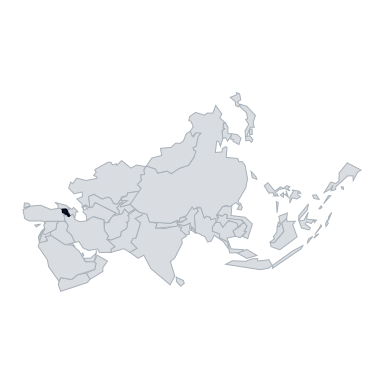 location of Armenia within Asia
{"feature_id": "ARM", "entity_name": "Armenia", "entity_type": "country or territory", "adm_level": 0, "iso_a3": "ARM", "parent_name": "Asia", "parent_adm1": "", "projection": "albers", "projection_center": [45.222, 40.08], "detail": "fine", "context": "in_parent", "style": "filled", "palette": "ink", "viewbox_px": 384, "rotation_deg": 0, "n_neighbors": 45, "source": "natural_earth", "source_scale": "50m", "svg_char_len": 13952}
<svg xmlns="http://www.w3.org/2000/svg" viewBox="0 0 384 384"><path d="M145.8,166.6L143.9,169.9L144.7,174.3L140.7,175.1L141.5,180.5L137.4,184.3L141.1,188.3L140.9,191.0L127.6,193.0L126.9,195.8L121.9,196.7L118.1,204.0L113.6,203.7L111.0,198.7L108.0,197.2L102.1,199.1L93.7,194.3L88.6,196.8L90.0,207.6L85.6,205.0L82.2,206.9L82.0,204.0L76.9,199.0L82.5,196.6L82.1,192.0L74.2,193.8L68.7,188.1L70.7,182.1L72.7,183.7L76.6,178.2L86.2,180.5L96.8,178.4L97.0,176.9L93.7,175.5L96.3,172.1L94.7,170.4L95.3,169.3L107.7,162.4L110.9,162.1L112.3,164.8L116.4,163.8L116.7,165.3L121.7,160.6L130.9,168.1L136.5,165.1L145.8,166.6Z" fill="#d9dde1" stroke="#a8b0b8" stroke-width="1"/><path d="M90.0,207.6L88.6,196.8L93.7,194.3L102.1,199.1L108.0,197.2L111.0,198.7L113.6,203.7L117.3,204.3L121.8,198.1L121.3,200.5L127.4,200.7L125.3,203.6L122.7,204.1L122.3,202.0L119.6,203.5L118.8,207.3L116.9,207.7L119.5,211.4L119.0,214.6L95.2,202.6L92.5,207.2L90.0,207.6Z" fill="#d9dde1" stroke="#a8b0b8" stroke-width="1"/><path d="M347.3,162.9L361.0,170.1L357.7,172.1L353.2,180.5L353.0,175.8L347.7,175.9L335.8,186.8L335.6,189.6L331.0,190.8L333.2,184.9L330.3,189.3L324.2,192.5L330.8,182.1L335.7,183.5L338.9,181.1L339.2,172.9L347.3,162.9ZM327.3,220.1L328.2,223.5L326.0,226.5L325.6,223.6L327.3,220.1ZM343.6,189.4L341.9,188.8L341.3,186.7L343.3,187.0L343.6,189.4ZM286.7,218.5L287.0,221.5L295.3,221.2L292.7,224.5L297.1,236.9L279.8,249.8L271.0,246.6L270.2,242.0L274.5,242.3L282.1,233.7L283.8,231.3L281.6,223.1L286.7,218.5ZM323.6,203.6L328.4,195.7L330.7,195.7L323.6,203.6ZM322.1,207.2L320.2,208.9L319.0,208.8L321.1,205.8L322.1,207.2ZM312.6,195.3L316.3,194.8L319.1,199.4L313.9,198.5L312.6,195.3ZM298.9,215.7L308.4,203.9L307.3,209.9L299.3,219.3L300.4,220.9L304.1,220.0L308.2,212.2L306.4,219.2L316.6,220.1L314.3,222.6L313.9,219.9L311.2,223.5L306.5,221.8L305.4,224.1L310.4,227.9L309.1,229.9L301.5,228.0L298.6,220.3L298.9,215.7ZM319.0,233.8L313.7,238.3L315.7,235.4L319.0,233.8ZM314.9,234.4L319.4,228.0L320.9,224.9L321.6,226.2L314.9,234.4ZM308.5,238.9L312.7,236.5L307.1,243.6L308.5,238.9ZM272.9,265.1L292.7,250.9L303.3,245.3L300.9,248.9L272.4,268.4L272.9,265.1ZM257.7,261.1L268.8,259.7L272.2,265.5L269.0,268.1L260.5,269.7L225.7,264.3L232.3,260.8L245.7,261.3L251.9,258.9L257.6,258.6L257.7,261.1Z" fill="#d9dde1" stroke="#a8b0b8" stroke-width="1"/><path d="M328.4,220.5L328.7,216.6L331.8,212.4L328.4,220.5Z" fill="#d9dde1" stroke="#a8b0b8" stroke-width="1"/><path d="M42.9,231.5L40.3,235.4L39.4,242.2L38.3,237.0L41.0,231.9L42.9,231.5Z" fill="#d9dde1" stroke="#a8b0b8" stroke-width="1"/><path d="M45.1,229.0L41.1,231.8L44.8,227.8L45.1,229.0Z" fill="#d9dde1" stroke="#a8b0b8" stroke-width="1"/><path d="M41.9,234.0L40.0,236.8L41.0,233.5L41.9,234.0Z" fill="#d9dde1" stroke="#a8b0b8" stroke-width="1"/><path d="M41.9,234.0L50.2,231.8L51.0,235.5L45.3,236.9L47.6,240.1L42.2,243.4L39.4,242.2L41.9,234.0Z" fill="#d9dde1" stroke="#a8b0b8" stroke-width="1"/><path d="M83.9,258.3L90.7,258.1L96.3,252.9L93.9,262.4L85.3,261.8L83.9,258.3Z" fill="#d9dde1" stroke="#a8b0b8" stroke-width="1"/><path d="M81.7,257.0L81.3,254.9L82.7,253.0L83.8,255.5L81.7,257.0Z" fill="#d9dde1" stroke="#a8b0b8" stroke-width="1"/><path d="M71.6,242.1L74.6,246.4L69.7,244.9L71.6,242.1Z" fill="#d9dde1" stroke="#a8b0b8" stroke-width="1"/><path d="M51.0,235.5L50.2,231.8L55.9,229.1L56.8,223.4L60.5,220.5L65.1,221.2L68.3,225.6L66.7,230.7L71.5,235.0L74.9,242.4L64.9,244.7L51.0,235.5Z" fill="#d9dde1" stroke="#a8b0b8" stroke-width="1"/><path d="M94.4,261.8L97.0,255.1L107.5,261.1L102.8,267.7L102.9,271.4L90.0,279.3L86.2,273.1L94.7,269.5L96.0,263.6L94.4,261.8ZM96.7,251.1L95.7,252.0L96.4,250.9L96.7,251.1Z" fill="#d9dde1" stroke="#a8b0b8" stroke-width="1"/><path d="M235.2,236.2L232.9,231.0L240.9,225.9L240.8,223.5L245.3,223.5L247.1,226.2L244.3,231.2L246.4,231.6L240.1,237.7L235.2,236.2Z" fill="#d9dde1" stroke="#a8b0b8" stroke-width="1"/><path d="M238.3,226.6L232.9,231.0L235.2,236.2L227.0,238.1L231.1,248.9L243.6,249.7L241.7,252.8L229.6,252.8L228.0,242.4L219.4,237.6L219.6,234.0L212.3,231.3L212.4,226.9L215.8,222.2L220.1,222.4L222.8,227.2L226.6,221.6L231.7,220.8L236.9,223.1L238.3,226.6Z" fill="#d9dde1" stroke="#a8b0b8" stroke-width="1"/><path d="M243.6,222.5L238.3,226.6L236.9,223.1L228.5,220.4L222.8,227.2L220.1,222.4L215.8,222.2L218.5,217.6L216.2,215.3L222.4,216.1L225.2,213.9L227.6,215.2L226.6,218.2L240.4,219.1L243.6,222.5Z" fill="#d9dde1" stroke="#a8b0b8" stroke-width="1"/><path d="M215.8,222.2L212.4,226.9L212.3,231.3L219.6,234.0L219.4,237.6L228.0,242.4L228.3,248.6L223.3,241.6L214.1,235.2L211.3,241.0L207.8,242.1L205.0,236.8L195.2,231.9L194.4,215.4L198.1,211.2L196.7,208.1L200.9,207.8L204.3,218.1L206.4,216.1L210.3,217.3L210.9,219.7L215.8,217.2L215.8,222.2Z" fill="#d9dde1" stroke="#a8b0b8" stroke-width="1"/><path d="M242.4,236.4L246.4,231.6L244.3,231.2L247.1,226.2L242.2,220.1L226.6,218.2L227.6,215.2L225.2,213.9L222.4,216.1L217.1,214.0L222.7,206.6L231.9,205.6L231.0,215.5L245.2,217.3L252.4,224.0L247.7,238.7L242.4,236.4Z" fill="#d9dde1" stroke="#a8b0b8" stroke-width="1"/><path d="M225.5,122.9L228.0,127.1L227.8,133.1L232.0,134.3L227.6,141.2L225.6,137.6L222.8,138.6L222.5,136.0L222.0,130.6L224.6,128.8L223.2,128.2L223.3,123.0L225.5,122.9Z" fill="#d9dde1" stroke="#a8b0b8" stroke-width="1"/><path d="M230.6,139.2L231.6,133.6L237.5,134.7L241.0,138.3L238.9,144.6L232.9,141.1L233.6,139.4L230.6,139.2Z" fill="#d9dde1" stroke="#a8b0b8" stroke-width="1"/><path d="M146.3,166.0L151.8,158.0L161.7,155.5L160.5,148.3L171.2,147.4L175.7,143.1L179.9,143.4L183.4,140.9L186.4,133.6L190.3,131.1L193.5,136.8L196.0,132.8L200.6,132.3L196.2,146.2L193.2,147.9L193.7,150.0L195.9,150.9L195.3,154.9L188.7,165.4L179.5,168.4L171.4,173.8L167.1,171.2L157.6,173.3L155.3,169.1L146.3,166.0Z" fill="#d9dde1" stroke="#a8b0b8" stroke-width="1"/><path d="M196.7,208.1L198.1,211.2L194.4,215.4L195.3,230.0L191.7,226.9L191.6,229.1L189.5,228.5L190.3,223.2L184.0,225.8L179.1,224.6L179.2,226.8L181.7,227.2L180.6,230.1L182.5,230.0L186.3,236.2L181.7,239.2L182.2,243.2L174.9,257.7L170.4,261.6L174.8,276.1L170.1,284.8L150.9,268.6L143.8,255.2L138.2,258.3L129.8,252.3L137.0,248.3L130.9,242.3L132.9,238.6L135.9,237.9L140.5,223.0L135.0,218.5L141.9,215.1L143.2,211.9L146.9,214.2L149.5,222.0L156.7,223.3L155.8,228.1L165.3,228.5L178.0,225.3L177.3,220.2L178.9,222.6L181.6,222.4L186.8,219.0L184.7,217.1L192.1,206.9L194.0,209.3L196.7,208.1Z" fill="#d9dde1" stroke="#a8b0b8" stroke-width="1"/><path d="M191.7,226.9L196.5,233.8L191.2,230.0L188.8,231.2L189.6,233.9L186.2,235.1L180.6,230.1L181.7,227.2L179.2,226.8L179.1,224.6L184.0,225.8L190.3,223.2L189.5,228.5L191.6,229.1L191.7,226.9Z" fill="#d9dde1" stroke="#a8b0b8" stroke-width="1"/><path d="M184.7,217.1L186.8,219.0L178.9,222.6L180.0,218.0L184.7,217.1Z" fill="#d9dde1" stroke="#a8b0b8" stroke-width="1"/><path d="M176.2,221.5L178.0,225.3L176.0,226.4L155.8,228.1L157.4,222.2L170.3,223.4L176.2,221.5Z" fill="#d9dde1" stroke="#a8b0b8" stroke-width="1"/><path d="M143.2,211.9L141.9,215.1L135.0,218.5L140.5,223.0L135.9,237.9L132.9,238.6L130.9,242.3L137.0,248.3L129.8,252.3L123.7,248.7L110.8,252.5L111.2,249.0L114.8,246.8L106.7,239.2L111.3,239.9L120.6,236.2L121.1,231.8L126.5,228.5L128.7,213.8L135.5,209.6L139.1,212.2L143.2,211.9Z" fill="#d9dde1" stroke="#a8b0b8" stroke-width="1"/><path d="M111.9,216.4L122.1,213.7L124.6,208.9L128.5,213.1L131.0,210.0L135.5,209.6L127.7,215.4L129.3,217.8L128.6,221.6L126.3,222.1L127.8,223.7L126.5,228.5L121.1,231.8L120.6,236.2L111.3,239.9L106.7,239.2L108.5,236.2L104.3,230.3L104.5,222.3L108.9,222.2L111.9,216.4Z" fill="#d9dde1" stroke="#a8b0b8" stroke-width="1"/><path d="M119.0,214.6L119.5,211.4L116.9,207.7L122.3,202.0L123.6,203.8L120.8,206.8L130.1,204.3L134.9,208.9L128.5,213.1L124.6,208.9L122.1,213.7L119.0,214.6Z" fill="#d9dde1" stroke="#a8b0b8" stroke-width="1"/><path d="M121.8,198.1L126.9,195.8L127.6,193.0L140.9,191.0L130.1,204.3L120.8,206.8L120.6,205.1L127.4,200.7L121.3,200.5L121.8,198.1Z" fill="#d9dde1" stroke="#a8b0b8" stroke-width="1"/><path d="M82.2,206.9L85.6,205.0L88.9,207.8L92.5,207.2L95.2,202.6L115.5,212.9L115.8,214.7L113.9,214.3L107.2,222.9L104.5,222.3L103.9,219.9L94.3,216.8L86.7,220.2L86.1,215.0L83.1,212.1L83.4,209.5L87.4,208.9L84.8,205.7L83.1,208.8L82.2,206.9Z" fill="#d9dde1" stroke="#a8b0b8" stroke-width="1"/><path d="M74.9,242.4L71.5,235.0L66.7,230.7L68.3,225.6L63.9,218.9L63.7,214.6L68.3,216.6L72.7,214.0L75.5,219.8L79.5,221.7L86.5,220.9L92.7,216.7L103.9,219.9L104.3,230.3L108.5,236.2L106.7,239.2L114.8,246.8L111.2,249.0L110.8,252.5L99.4,252.4L97.8,249.0L88.5,250.5L83.0,247.9L78.9,241.5L74.9,242.4Z" fill="#d9dde1" stroke="#a8b0b8" stroke-width="1"/><path d="M42.4,233.1L45.1,229.0L43.7,225.3L46.1,221.3L59.4,221.0L56.8,223.4L55.9,229.1L45.1,234.6L42.4,233.1Z" fill="#d9dde1" stroke="#a8b0b8" stroke-width="1"/><path d="M65.1,221.2L46.1,221.3L44.4,224.1L44.7,221.7L41.3,220.9L29.2,221.0L24.7,218.6L23.0,209.8L30.8,206.1L40.5,205.2L50.9,209.5L60.4,208.1L65.2,213.7L63.7,214.6L65.1,221.2ZM24.4,203.0L28.6,203.3L30.3,205.8L23.9,207.9L24.4,203.0Z" fill="#d9dde1" stroke="#a8b0b8" stroke-width="1"/><path d="M183.5,280.6L184.2,283.3L180.7,286.2L176.5,281.6L176.2,277.1L183.5,280.6Z" fill="#d9dde1" stroke="#a8b0b8" stroke-width="1"/><path d="M241.2,210.0L237.2,209.2L240.6,203.5L242.2,207.3L241.2,210.0ZM130.1,204.3L141.1,188.3L137.4,184.3L141.5,180.5L140.7,175.1L144.7,174.3L143.9,169.9L146.3,166.0L155.3,169.1L157.6,173.3L167.1,171.2L171.4,173.8L179.5,168.4L188.7,165.4L194.1,157.3L195.9,150.9L193.7,150.0L193.2,147.9L196.2,146.2L198.1,136.5L201.2,133.1L196.0,132.8L192.3,136.4L190.3,131.1L193.2,126.9L191.1,121.4L188.7,120.6L189.8,116.5L195.5,112.4L204.4,115.2L207.2,113.0L212.9,113.2L215.7,105.4L221.8,114.0L219.8,117.9L225.5,122.9L223.3,123.0L223.2,128.2L224.6,128.8L222.0,130.6L222.8,138.6L220.4,146.2L218.6,141.3L216.7,141.2L215.3,152.5L222.1,151.9L222.3,148.6L225.6,146.7L227.0,147.4L226.2,157.4L237.8,158.5L239.0,161.7L242.2,161.7L245.1,165.5L247.5,178.7L245.8,187.8L238.1,200.8L239.3,203.6L238.2,204.8L236.1,202.5L229.2,206.9L226.7,205.3L222.7,206.6L216.2,215.3L218.5,217.6L210.9,219.7L210.3,217.3L206.4,216.1L204.3,218.1L200.9,207.8L197.8,207.0L194.0,209.3L192.1,206.9L186.4,215.7L180.0,218.0L178.6,222.1L177.3,220.2L170.3,223.4L149.5,222.0L146.9,214.2L139.1,212.2L130.1,204.3Z" fill="#d9dde1" stroke="#a8b0b8" stroke-width="1"/><path d="M251.1,171.5L256.0,176.8L256.9,179.3L252.3,177.7L251.1,171.5Z" fill="#d9dde1" stroke="#a8b0b8" stroke-width="1"/><path d="M68.8,207.4L72.0,209.4L73.6,207.4L77.9,211.8L76.0,212.1L74.7,217.7L72.7,214.0L69.2,216.5L67.1,213.2L65.6,209.2L69.1,209.7L68.8,207.4ZM68.3,216.6L66.7,216.2L65.2,213.7L67.4,214.4L68.3,216.6Z" fill="#d9dde1" stroke="#a8b0b8" stroke-width="1"/><path d="M54.9,202.4L66.7,205.5L69.4,209.4L58.1,208.2L58.0,204.9L54.9,202.4Z" fill="#d9dde1" stroke="#a8b0b8" stroke-width="1"/><path d="M278.3,196.0L273.8,195.9L277.1,193.8L278.3,196.0ZM288.4,197.3L284.5,194.2L286.6,194.3L286.1,190.8L288.4,197.3ZM291.9,190.0L299.5,191.3L300.7,193.6L297.8,192.9L297.9,195.0L300.4,196.8L296.8,199.0L292.1,197.8L289.8,203.1L290.1,196.6L293.6,191.1L291.9,190.0ZM278.3,202.7L277.1,212.6L276.3,201.6L278.3,202.7ZM267.9,182.7L274.9,191.1L280.5,186.8L283.4,188.6L279.0,189.6L273.7,194.5L273.0,192.5L269.0,193.3L264.2,185.8L267.9,182.7ZM283.5,197.3L280.3,195.1L283.4,192.6L283.5,197.3ZM287.0,185.7L289.9,186.9L287.8,188.4L289.9,190.9L283.7,188.1L287.0,185.7Z" fill="#d9dde1" stroke="#a8b0b8" stroke-width="1"/><path d="M237.6,253.2L246.8,249.5L256.9,255.4L246.8,258.4L237.6,253.2ZM286.7,218.5L281.6,223.1L283.8,231.3L274.5,242.3L271.8,242.9L270.2,242.0L274.4,238.8L273.4,236.7L276.8,232.2L277.2,226.7L280.4,224.3L278.8,216.3L287.3,213.0L286.7,218.5Z" fill="#d9dde1" stroke="#a8b0b8" stroke-width="1"/><path d="M278.5,222.0L280.4,224.3L279.3,226.6L277.2,226.7L278.5,222.0Z" fill="#d9dde1" stroke="#a8b0b8" stroke-width="1"/><path d="M246.7,106.3L255.4,115.4L253.1,122.6L254.2,127.3L250.4,127.1L246.6,136.6L249.8,135.7L253.0,139.9L251.4,142.4L249.6,140.3L245.8,140.8L245.1,130.7L248.8,124.4L245.7,119.5L247.7,118.9L246.5,112.7L239.8,106.7L240.4,104.3L246.7,106.3ZM236.9,94.6L236.4,92.7L239.6,93.7L240.7,99.9L237.3,102.0L239.6,104.6L238.4,106.8L235.7,105.6L235.2,101.5L230.2,97.4L236.9,94.6ZM249.6,134.5L249.4,129.8L252.0,128.9L252.3,134.4L249.6,134.5Z" fill="#d9dde1" stroke="#a8b0b8" stroke-width="1"/><path d="M86.2,273.1L90.0,279.3L87.4,282.5L60.7,291.3L58.2,284.2L60.7,277.7L71.6,279.5L77.7,274.7L86.2,273.1Z" fill="#d9dde1" stroke="#a8b0b8" stroke-width="1"/><path d="M39.4,242.6L46.2,241.4L47.6,240.1L45.3,236.9L51.0,235.5L64.9,244.7L72.1,245.1L79.5,251.6L85.3,261.8L94.4,261.8L96.0,263.6L94.7,269.5L77.7,274.7L71.6,279.5L60.7,277.7L58.8,281.1L48.7,266.8L47.4,259.8L38.1,246.3L39.4,242.6Z" fill="#d9dde1" stroke="#a8b0b8" stroke-width="1"/><path d="M40.6,224.1L36.4,226.9L34.8,225.1L40.6,224.1Z" fill="#d9dde1" stroke="#a8b0b8" stroke-width="1"/><path d="M65.2,213.8L65.1,213.6L64.7,213.2L64.3,212.9L64.1,212.7L63.8,212.8L63.4,212.8L63.0,212.6L62.7,212.5L62.7,212.4L62.8,212.4L62.7,212.1L62.6,211.8L62.6,211.7L62.5,211.4L62.7,211.2L62.8,210.9L62.8,210.7L62.6,210.1L62.4,209.9L62.3,209.7L62.2,209.6L62.3,209.5L62.7,209.5L63.0,209.5L63.3,209.4L63.7,209.4L63.8,209.3L64.0,209.3L64.5,209.4L65.4,209.3L65.3,209.2L65.7,209.1L65.8,209.2L65.9,209.3L66.0,209.4L66.1,209.5L65.9,209.6L66.3,209.9L66.5,209.9L66.6,210.0L66.9,210.2L67.0,210.4L67.0,210.5L66.6,210.8L66.5,211.0L66.7,211.3L67.0,211.6L67.4,211.9L67.9,212.2L67.9,212.4L67.8,212.6L67.7,212.7L67.7,212.8L67.1,212.8L67.2,213.0L67.5,213.2L67.7,213.4L67.8,213.5L68.0,213.7L68.2,213.9L68.4,214.1L68.7,214.0L69.1,214.2L69.1,214.3L68.8,214.5L69.0,214.8L69.3,215.2L69.2,215.2L68.9,215.2L68.9,215.3L69.1,215.5L69.1,215.8L69.1,216.1L68.7,216.1L68.4,216.2L68.2,216.0L68.1,215.8L67.9,215.3L67.9,215.1L67.5,214.8L67.4,214.7L67.5,214.6L67.5,214.4L67.5,214.2L67.4,214.2L67.1,214.2L66.7,214.4L66.4,214.2L66.1,214.1L66.0,213.9L65.9,213.6L65.4,213.7L65.2,213.8ZM65.8,209.8L65.8,209.7L65.7,209.7L65.6,209.8L65.8,209.8ZM66.9,211.1L66.8,210.9L67.0,211.0L66.9,211.1Z" fill="#0f172a" stroke="#020617" stroke-width="1.5"/></svg>